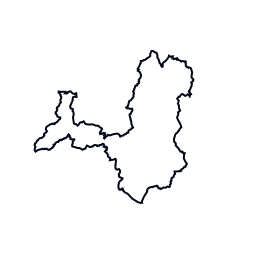 outline of Mueang Kanchanaburi, Kanchanaburi, Thailand, rotated 51°
{"feature_id": "78962969B12534371599047", "entity_name": "Mueang Kanchanaburi", "entity_type": "district", "adm_level": 2, "iso_a3": "THA", "parent_name": "Thailand", "parent_adm1": "Kanchanaburi", "projection": "natural_earth1", "projection_center": [99.271, 14.051], "detail": "fine", "context": "isolated", "style": "outline", "palette": "ink", "viewbox_px": 256, "rotation_deg": 51, "n_neighbors": 0, "source": "geoboundaries", "source_scale": "gbopen_adm2", "svg_char_len": 5853}
<svg xmlns="http://www.w3.org/2000/svg" viewBox="0 0 256 256"><g transform="rotate(51 128 128)"><path d="M141.4,57.7L139.4,57.8L138.9,57.5L138.7,57.9L138.0,57.9L137.6,57.3L137.4,56.1L135.5,52.4L133.6,50.3L132.4,50.2L132.4,47.8L131.8,46.8L131.0,46.6L129.9,46.9L128.1,46.4L125.2,43.2L122.0,41.8L120.6,41.6L119.3,42.5L119.2,43.2L118.5,43.0L117.6,44.0L117.2,43.7L116.2,44.0L115.4,43.6L114.6,42.5L113.0,42.3L112.7,41.3L112.3,41.4L111.9,42.2L110.2,43.6L109.9,44.8L108.4,45.1L106.6,46.1L105.5,45.9L105.9,46.9L105.7,47.1L104.9,47.1L104.3,46.7L103.3,49.0L102.8,48.8L101.8,49.8L100.5,48.1L99.3,50.2L97.6,50.7L98.6,52.1L99.3,55.1L99.6,57.2L99.3,58.6L99.5,59.7L100.4,61.2L101.9,62.1L102.1,62.5L101.9,63.1L100.4,63.0L98.8,62.3L97.8,62.6L93.1,60.8L91.8,60.9L90.0,59.4L87.6,58.5L85.9,59.6L84.2,59.9L83.0,61.2L84.2,63.8L86.0,65.5L86.2,67.1L85.8,69.2L85.8,71.9L85.1,72.8L85.1,74.3L84.0,75.9L85.7,77.4L85.9,78.5L86.8,79.7L88.1,83.2L89.3,82.9L89.3,83.9L89.6,84.4L92.2,83.6L95.5,84.8L96.7,86.6L97.3,89.3L98.2,89.6L98.5,90.5L99.4,90.4L100.0,91.1L100.0,92.5L99.7,93.0L100.7,94.1L100.0,95.0L99.8,95.7L100.9,96.9L101.5,98.7L102.3,99.1L102.8,100.9L104.7,101.4L105.7,103.0L106.4,103.3L107.5,104.5L107.6,106.0L108.2,107.7L107.9,110.2L110.7,114.0L110.6,114.4L111.1,115.2L110.9,116.5L112.0,116.5L113.0,115.2L113.9,114.7L115.3,113.3L115.6,112.7L116.2,112.8L117.4,114.0L118.1,116.3L118.8,116.9L118.3,117.8L118.9,118.7L121.7,120.0L122.9,120.2L123.2,120.8L124.6,121.2L127.6,123.1L130.8,123.7L130.9,124.8L130.4,125.5L130.9,126.6L130.5,128.1L130.5,129.2L130.8,129.9L131.8,130.7L131.0,132.0L131.5,133.2L130.7,135.0L130.9,136.5L130.1,137.7L129.9,139.4L129.6,139.5L129.2,138.9L126.6,139.3L125.6,139.8L123.6,143.3L122.4,146.7L120.7,147.9L121.1,149.2L120.9,151.0L121.2,153.0L120.6,153.0L120.4,152.6L120.6,152.4L119.6,151.0L119.4,151.4L118.8,151.4L119.0,150.5L118.6,150.5L118.4,149.5L117.8,149.2L117.4,149.2L117.4,149.7L116.3,150.4L116.2,150.9L116.4,151.4L115.5,153.0L115.4,152.8L114.6,153.1L114.4,152.4L113.6,152.4L113.5,150.9L112.8,150.2L112.8,149.5L112.2,148.7L111.2,148.6L110.2,149.3L107.6,149.7L105.8,151.6L103.1,153.0L100.1,156.9L98.1,158.5L94.9,158.3L94.7,160.0L93.8,161.2L93.6,162.3L94.2,163.4L94.3,165.8L92.3,166.0L90.6,167.3L85.2,164.1L83.1,161.5L80.8,160.2L79.9,160.4L78.9,159.0L78.3,159.0L76.8,160.2L74.7,159.3L71.6,153.5L70.0,152.2L69.5,151.4L70.1,149.3L71.1,149.0L71.5,148.4L68.5,146.4L68.2,146.4L68.1,147.8L66.4,149.3L63.5,149.5L62.7,150.5L62.7,151.9L62.3,152.2L62.7,153.0L62.6,154.0L61.9,154.1L61.5,154.8L61.2,153.6L60.4,153.7L60.1,154.6L59.1,155.4L57.5,157.7L56.0,158.9L56.7,159.6L58.5,159.3L59.7,159.8L60.3,159.6L61.0,160.3L61.8,160.3L62.8,161.2L63.3,162.5L64.5,163.6L65.8,163.9L66.1,165.7L67.4,167.8L67.4,170.4L68.0,171.1L69.0,171.2L70.1,172.8L70.2,174.3L71.2,175.1L71.7,174.8L72.4,175.2L73.5,175.1L74.6,175.7L76.5,174.7L77.2,174.0L77.8,174.4L78.2,175.2L78.1,176.4L78.7,179.4L78.4,181.5L78.7,182.5L78.6,182.8L77.8,182.7L77.4,184.1L76.8,184.6L76.6,185.7L76.2,186.0L75.9,190.9L76.6,192.1L77.9,192.9L79.6,193.0L79.9,194.8L79.6,196.2L80.0,197.2L80.6,197.8L81.2,197.8L81.4,198.3L81.5,201.0L80.4,203.3L80.5,204.8L80.9,205.8L80.6,206.8L81.4,208.1L81.6,208.9L81.4,209.9L82.9,211.6L84.3,211.7L85.4,213.4L86.6,214.6L88.2,214.7L88.4,212.1L89.6,209.1L90.2,208.4L90.2,207.7L91.3,206.9L91.7,206.3L91.6,206.0L92.1,205.8L92.3,205.1L93.2,204.0L93.7,204.2L94.9,203.6L95.1,202.8L95.6,202.5L95.8,201.7L95.5,201.2L95.6,200.1L95.9,199.2L95.4,198.1L95.5,197.0L94.1,196.3L94.8,194.9L94.0,193.8L94.1,192.3L94.9,191.1L94.4,189.8L94.8,189.3L94.4,188.4L94.8,187.6L95.7,187.2L95.4,186.0L96.0,185.2L95.8,184.2L96.3,183.9L96.2,183.1L96.7,182.6L96.4,181.9L96.7,180.3L96.0,179.7L95.5,178.3L96.8,178.0L98.6,179.0L99.2,178.7L100.4,179.7L101.7,178.7L102.6,177.1L103.2,177.0L104.1,179.8L105.3,180.8L106.0,182.2L107.3,182.9L112.0,179.5L113.0,178.3L116.2,177.0L116.5,176.7L116.4,175.6L117.0,174.8L117.2,174.0L116.4,172.8L115.8,171.0L118.2,169.9L119.5,168.9L119.6,167.6L119.9,166.8L120.2,166.8L120.0,165.2L120.3,164.6L121.0,163.8L121.7,163.3L122.5,163.3L122.5,162.9L123.0,162.8L123.2,161.8L123.7,161.5L123.3,160.8L124.4,159.4L124.2,157.8L125.2,157.1L126.9,157.5L127.3,158.7L128.3,158.1L128.5,157.6L129.1,157.6L129.0,156.8L129.9,156.5L130.4,156.7L130.6,157.5L131.8,158.4L131.3,159.6L131.7,160.7L134.9,160.2L136.0,160.5L137.4,161.5L140.3,160.8L141.7,162.4L143.5,159.1L144.1,157.2L145.5,157.6L149.9,162.0L151.6,163.1L153.0,163.1L153.6,162.4L154.2,160.9L156.1,161.0L157.4,162.0L158.1,164.2L160.1,165.5L160.6,165.5L163.7,164.0L164.3,165.6L164.2,167.7L164.7,169.3L166.6,171.6L168.3,172.9L169.9,173.5L170.4,173.5L171.0,173.1L171.4,170.4L171.7,170.2L172.1,170.3L172.3,171.2L173.0,171.5L173.7,170.9L175.6,171.1L179.1,169.6L185.8,169.1L192.0,166.9L194.3,165.2L195.0,164.1L193.8,163.4L191.6,159.3L189.5,153.1L188.8,152.9L187.7,151.0L187.8,148.5L188.5,147.6L188.7,146.8L189.4,146.2L189.6,144.6L191.3,142.4L191.0,142.0L191.8,141.5L194.0,142.3L194.8,141.1L195.7,141.3L196.3,140.1L196.6,137.9L198.1,136.2L198.3,134.2L199.6,133.3L200.0,132.6L198.4,131.0L198.2,129.6L196.5,128.8L196.4,127.6L196.0,127.6L195.8,126.9L195.2,126.7L194.3,125.4L194.8,123.6L193.4,121.8L193.4,120.4L191.1,119.2L193.3,116.3L193.6,115.2L194.3,115.0L194.7,113.5L193.9,113.1L193.8,112.2L194.1,110.5L193.6,108.9L194.3,107.7L193.5,106.7L193.1,105.1L191.9,104.5L191.1,104.7L186.8,103.8L183.7,100.9L183.3,99.8L181.9,101.0L181.4,100.7L181.1,101.1L180.4,100.8L179.3,102.1L175.4,101.6L171.9,101.9L171.2,101.7L170.8,101.0L169.6,100.5L167.8,100.8L165.5,99.2L162.8,95.3L162.5,93.4L162.8,93.0L162.0,91.0L162.1,89.8L161.2,88.3L160.9,86.0L157.9,84.9L152.8,84.0L150.5,83.1L149.7,81.2L148.5,79.9L147.3,79.2L147.4,77.0L147.1,76.4L145.4,76.2L142.5,74.3L140.3,73.8L139.6,72.4L138.8,71.5L136.1,71.3L135.6,68.9L136.2,68.3L135.4,65.3L135.9,64.3L139.0,63.4L139.3,62.3L139.4,60.3L140.4,59.9L142.2,60.1L141.3,58.6L141.4,57.7Z" fill="none" stroke="#020617" stroke-width="2"/></g></svg>